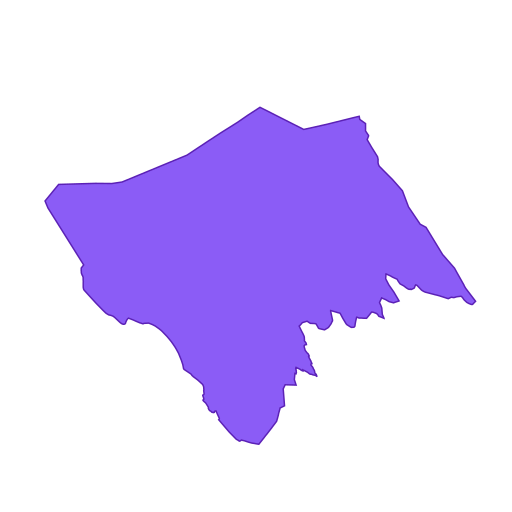 Hattfjelldal nor, Nordland, Norway, rotated 239°
{"feature_id": "86288312B94479588968211", "entity_name": "Hattfjelldal nor", "entity_type": "district", "adm_level": 2, "iso_a3": "NOR", "parent_name": "Norway", "parent_adm1": "Nordland", "projection": "robinson", "projection_center": [13.925, 65.5], "detail": "fine", "context": "isolated", "style": "filled", "palette": "violet", "viewbox_px": 512, "rotation_deg": 239, "n_neighbors": 0, "source": "geoboundaries", "source_scale": "gbopen_adm2", "svg_char_len": 5954}
<svg xmlns="http://www.w3.org/2000/svg" viewBox="0 0 512 512"><g transform="rotate(239 256 256)"><path d="M98.3,155.6L97.7,156.2L95.7,158.6L95.1,159.2L93.2,161.5L96.0,169.0L97.2,171.9L97.4,172.7L97.7,173.5L99.0,176.8L99.9,179.1L100.5,180.7L100.6,181.0L100.9,181.6L102.7,186.1L103.6,188.3L104.0,188.9L105.2,190.1L105.7,190.7L106.8,191.8L108.3,193.4L109.0,193.9L112.6,197.7L113.3,198.2L112.9,203.3L123.3,208.5L128.1,210.9L130.6,214.7L124.7,223.9L130.3,225.2L135.3,228.9L134.4,229.6L135.3,230.6L136.5,231.1L136.8,231.4L137.2,231.4L137.6,231.7L138.1,231.7L138.4,231.9L139.0,232.0L139.2,232.3L139.1,232.5L139.6,232.6L139.6,232.8L139.8,233.0L139.6,233.1L139.2,233.4L139.2,233.5L138.7,233.7L138.4,233.9L138.1,234.2L136.8,235.0L136.4,235.3L136.2,235.4L134.9,235.9L134.6,236.2L134.2,236.3L134.0,236.5L133.9,236.6L133.3,237.0L133.7,237.3L134.3,237.3L134.4,237.5L133.3,237.8L133.2,238.0L133.1,238.3L132.8,238.5L129.6,240.4L127.3,241.2L127.1,241.4L126.7,241.7L126.0,242.6L125.4,243.2L124.7,243.6L123.9,244.6L123.0,245.5L122.1,245.9L121.7,246.0L121.7,246.3L121.9,246.3L122.5,246.4L123.2,246.6L123.9,246.6L124.3,246.4L124.6,246.4L125.1,246.3L125.5,246.3L126.2,246.4L126.8,246.8L128.0,247.1L129.8,247.1L130.7,247.3L132.0,247.3L133.2,247.1L134.1,247.0L134.3,247.1L134.9,247.4L135.1,247.6L135.1,247.9L135.2,248.2L135.0,248.5L136.0,248.7L136.6,248.7L137.1,248.8L137.4,248.8L137.7,249.0L138.2,248.9L139.7,249.1L140.0,249.0L141.9,249.2L142.6,249.2L142.9,249.4L143.2,249.7L143.0,250.1L143.4,250.2L144.9,250.3L145.6,250.3L146.2,250.0L146.8,249.9L148.3,249.7L149.7,249.6L150.4,249.7L151.6,250.1L152.3,250.2L154.1,250.9L154.4,251.3L154.5,251.7L154.6,252.0L154.5,252.4L154.2,253.2L154.1,253.6L154.5,253.7L155.0,253.9L155.7,254.1L158.4,253.8L159.6,254.6L160.3,254.9L160.9,255.3L162.4,255.9L165.0,256.2L168.6,256.4L173.7,256.9L174.1,258.8L175.0,261.4L174.3,264.2L173.8,266.2L170.6,267.7L170.2,268.0L168.7,270.3L167.7,271.7L167.4,272.1L167.0,272.4L166.6,272.5L164.9,272.5L162.0,272.4L161.3,272.7L157.9,276.2L157.4,276.8L157.4,280.7L157.6,281.7L159.2,285.4L160.5,287.3L161.0,288.2L161.9,288.7L170.4,291.6L170.8,291.9L166.4,296.0L165.7,296.6L163.8,298.5L163.4,298.6L157.7,298.3L151.6,298.3L150.4,298.5L146.4,300.5L145.7,301.0L144.8,302.6L144.6,303.2L144.5,303.6L144.7,304.2L145.0,304.7L146.5,305.9L148.7,307.8L151.7,310.7L151.7,310.9L150.3,312.0L149.8,312.3L148.6,314.3L147.3,316.1L145.7,318.6L145.7,318.9L147.4,323.6L148.2,325.7L148.4,326.1L148.3,326.4L147.4,327.5L144.9,329.5L144.4,329.8L142.8,330.2L141.3,330.2L140.8,330.4L140.0,331.1L136.7,333.6L137.0,333.7L140.9,334.2L146.6,337.0L149.7,337.6L152.2,337.8L152.6,338.0L153.4,339.2L154.6,341.0L155.4,342.1L155.1,342.3L154.3,342.8L151.9,344.6L148.3,346.6L145.2,349.6L145.0,349.8L144.7,351.5L143.9,354.8L143.8,355.5L154.1,355.6L162.7,355.0L169.3,355.4L169.8,355.5L172.1,357.1L173.7,358.1L173.6,358.3L173.3,358.5L169.7,361.0L167.8,362.0L166.0,363.2L163.4,365.0L161.4,364.9L158.2,365.1L157.8,365.2L156.6,365.9L154.4,367.2L151.1,368.5L150.0,369.1L149.5,369.3L148.5,370.1L148.0,371.4L147.4,371.6L147.2,372.7L147.0,375.0L147.4,375.7L148.6,377.2L149.0,377.9L148.6,378.4L147.9,378.9L141.6,380.3L140.5,380.8L138.6,381.9L137.6,382.7L136.3,384.0L133.5,386.7L132.1,388.1L130.5,389.6L129.7,390.5L127.3,392.8L120.4,398.8L120.1,402.1L118.4,404.2L117.8,406.6L117.4,407.7L115.9,411.0L115.6,411.2L114.0,411.6L111.2,411.8L107.7,412.8L107.0,413.2L105.5,414.1L103.7,415.5L103.1,416.2L103.0,416.9L103.3,417.8L104.1,420.9L119.4,419.2L120.1,419.1L122.8,419.1L124.2,419.3L138.4,419.7L143.3,419.9L154.5,417.9L159.7,417.0L161.0,416.7L193.0,416.5L198.7,413.1L210.2,412.5L219.5,412.0L236.5,415.1L251.2,412.4L257.2,410.9L263.3,409.4L269.5,407.9L271.5,408.1L272.3,408.4L273.2,408.7L274.5,409.5L275.9,410.4L278.5,411.3L289.7,411.1L298.5,411.2L300.9,414.3L301.5,414.6L302.3,414.5L306.8,414.3L308.9,415.6L313.1,418.1L319.6,415.3L322.6,416.4L324.5,410.4L332.3,384.9L339.9,362.1L381.4,336.0L380.9,321.6L380.1,309.1L379.7,289.0L379.1,273.3L378.0,248.7L388.4,179.3L392.4,169.7L401.0,155.7L419.0,123.7L416.8,117.5L411.8,103.5L404.3,102.4L337.1,103.7L335.7,100.0L335.4,99.8L335.0,99.6L334.9,99.5L334.5,99.3L334.4,99.2L334.0,98.9L333.5,98.7L333.3,98.5L332.7,98.3L332.1,97.9L331.2,97.5L329.6,97.2L329.1,97.1L328.5,97.2L328.0,97.1L327.2,96.9L326.4,96.7L326.1,96.4L325.4,96.1L325.2,95.9L324.0,95.3L323.6,95.0L323.0,94.8L322.2,94.2L318.2,91.8L316.9,91.3L316.2,91.1L315.8,91.1L315.2,91.1L308.2,92.5L297.8,94.6L288.5,96.8L285.5,97.6L284.7,97.8L283.9,98.1L281.4,99.4L280.0,100.9L279.3,101.5L278.1,102.4L277.7,102.6L276.2,103.2L275.6,103.4L269.5,105.1L268.3,105.5L267.0,106.1L266.0,106.9L265.5,107.7L265.4,108.0L265.3,108.3L265.3,108.9L265.5,109.4L266.5,110.5L267.1,111.4L267.9,112.7L268.4,114.2L268.4,114.7L264.3,117.9L261.8,119.6L258.4,122.1L257.7,122.8L256.5,123.8L256.1,124.2L256.0,124.4L256.0,125.2L253.8,129.4L253.3,129.8L250.7,131.8L247.8,133.6L243.4,135.5L241.2,136.3L240.2,136.6L232.9,138.3L230.4,138.7L226.2,139.3L223.4,139.5L219.9,139.7L217.5,139.7L212.5,139.5L205.0,138.3L200.6,137.3L197.3,136.1L196.8,135.9L196.3,135.9L195.7,136.0L188.5,139.4L187.5,139.6L186.6,139.6L186.2,139.7L186.1,139.8L185.9,139.9L185.1,140.0L180.0,142.1L173.7,144.0L173.2,144.1L171.5,143.9L170.5,143.6L169.0,142.8L168.1,142.4L167.9,142.2L167.5,141.8L165.0,140.7L164.6,140.4L164.3,140.1L164.1,139.7L164.2,139.0L164.1,138.7L163.8,138.5L163.4,138.4L161.7,138.1L160.8,137.8L160.2,137.5L160.0,137.4L159.8,136.7L159.8,136.3L158.6,136.3L158.2,136.5L157.7,136.6L156.2,137.1L155.5,137.2L151.7,137.3L150.9,137.3L150.2,136.8L150.0,136.7L148.6,136.5L148.0,136.6L147.2,136.7L146.4,137.3L144.8,137.7L144.6,138.1L143.8,138.6L143.9,139.0L143.4,139.7L143.4,139.8L144.2,140.6L144.0,141.5L143.8,141.9L143.4,141.9L140.0,141.4L136.0,141.0L135.3,140.7L135.1,140.4L134.9,139.7L118.8,142.4L109.1,144.7L108.4,145.1L107.4,145.7L106.4,146.1L105.9,146.4L105.7,146.7L105.6,147.7L105.8,148.6L105.7,148.8L104.6,149.8L103.7,150.8L101.1,153.0L98.5,155.4L98.3,155.6Z" fill="#8b5cf6" stroke="#5b21b6" stroke-width="1.5"/></g></svg>